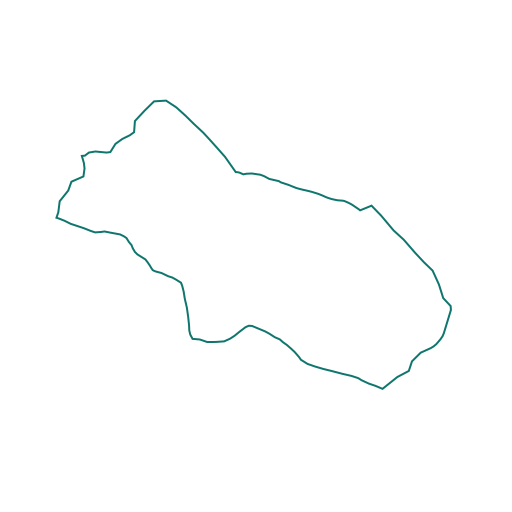 Dzoma, Punakha, Bhutan (Natural Earth projection), rotated 302°
{"feature_id": "84629894B97305398598213", "entity_name": "Dzoma", "entity_type": "district", "adm_level": 2, "iso_a3": "BTN", "parent_name": "Bhutan", "parent_adm1": "Punakha", "projection": "natural_earth1", "projection_center": [89.884, 27.582], "detail": "fine", "context": "isolated", "style": "outline", "palette": "teal", "viewbox_px": 512, "rotation_deg": 302, "n_neighbors": 0, "source": "geoboundaries", "source_scale": "gbopen_adm2", "svg_char_len": 2070}
<svg xmlns="http://www.w3.org/2000/svg" viewBox="0 0 512 512"><g transform="rotate(302 256 256)"><path d="M152.1,246.1L155.4,252.5L157.2,260.2L161.7,267.3L166.7,274.2L171.9,277.7L177.0,280.1L183.4,282.3L190.0,284.8L193.0,286.8L194.6,289.8L195.8,297.1L196.9,303.7L197.2,308.5L197.1,315.1L197.9,320.3L197.2,324.5L196.9,329.4L196.0,335.0L195.0,339.9L193.1,346.1L191.8,349.1L191.8,356.9L193.6,364.8L195.9,373.0L198.5,380.9L201.9,391.8L204.9,400.5L206.6,407.4L206.6,411.4L207.6,419.4L209.2,426.2L210.4,433.7L228.3,440.0L239.5,446.5L249.3,444.1L261.3,446.9L270.3,452.9L273.2,454.4L276.7,455.6L281.9,456.4L283.8,456.6L287.0,456.7L290.1,456.2L309.8,450.9L313.5,449.9L316.7,447.6L319.5,437.1L328.8,426.2L337.2,413.5L339.7,401.7L343.1,389.0L348.1,372.7L350.6,359.1L356.5,340.9L359.9,327.3L358.2,326.1L349.9,320.1L350.1,318.3L350.3,313.1L350.4,310.1L350.2,306.9L349.9,304.5L349.4,301.5L348.7,299.9L346.3,295.3L345.7,293.6L344.5,290.3L343.7,287.4L343.0,284.2L342.7,281.7L342.4,279.8L341.7,275.9L339.9,269.1L338.3,264.2L337.3,261.4L336.2,258.1L335.0,254.1L333.4,245.3L331.6,238.0L331.6,235.7L328.4,226.4L328.0,220.5L327.2,216.5L326.2,214.3L323.8,208.8L320.7,204.3L318.5,201.9L318.0,198.0L317.4,196.1L316.4,194.4L323.7,177.1L329.4,157.7L332.6,146.1L335.1,133.2L337.6,122.0L339.8,109.7L340.1,97.4L337.2,93.3L333.1,87.6L320.2,84.5L306.3,81.8L296.4,87.0L291.5,85.0L284.6,80.7L276.6,77.4L266.9,77.4L264.5,74.4L259.5,64.4L255.2,59.5L250.4,57.7L248.6,55.3L243.6,60.8L239.4,64.2L232.0,67.5L221.2,60.1L212.0,62.1L198.4,60.5L188.3,65.2L182.7,66.5L183.3,68.8L184.4,74.8L185.1,81.9L186.3,86.8L188.4,95.5L189.7,102.7L190.8,107.1L194.3,111.9L196.5,114.5L198.9,120.8L200.5,124.8L202.3,129.4L202.7,133.4L202.6,136.6L200.5,140.9L199.3,144.6L197.2,147.5L195.3,151.1L194.5,154.6L194.5,160.0L194.5,164.0L193.2,167.5L191.7,170.9L190.1,174.0L189.3,176.0L189.6,178.7L191.5,184.9L192.3,192.2L193.4,196.5L193.6,200.7L193.6,204.6L193.6,206.5L191.7,209.1L187.6,213.4L182.2,218.1L175.5,224.8L168.1,231.0L161.7,236.0L157.6,238.8L154.6,241.8L152.1,246.1Z" fill="none" stroke="#0f766e" stroke-width="2"/></g></svg>